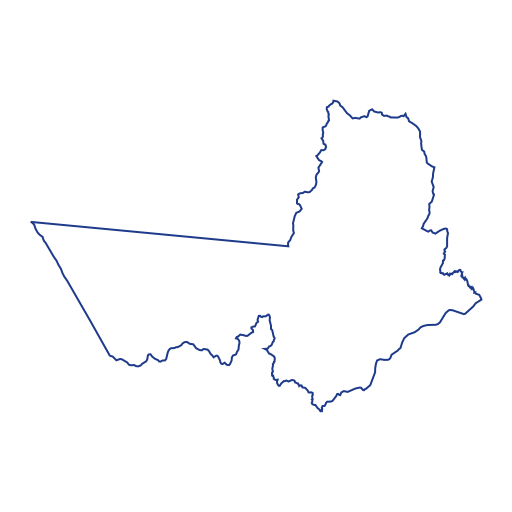 Ituango, Antioquia, Colombia (Robinson projection)
{"feature_id": "7082276B28262525732127", "entity_name": "Ituango", "entity_type": "district", "adm_level": 2, "iso_a3": "COL", "parent_name": "Colombia", "parent_adm1": "Antioquia", "projection": "robinson", "projection_center": [-75.707, 7.329], "detail": "fine", "context": "isolated", "style": "outline", "palette": "blue", "viewbox_px": 512, "rotation_deg": 0, "n_neighbors": 0, "source": "geoboundaries", "source_scale": "gbopen_adm2", "svg_char_len": 6109}
<svg xmlns="http://www.w3.org/2000/svg" viewBox="0 0 512 512"><path d="M405.5,113.8L403.6,116.2L402.5,115.8L401.1,115.9L399.1,117.1L397.0,117.6L390.4,117.4L389.7,116.6L387.9,116.3L386.9,115.6L384.0,115.9L382.0,114.5L381.9,113.0L380.7,112.2L378.0,112.5L374.2,111.5L372.1,109.3L369.2,110.8L367.6,116.3L366.5,117.2L364.3,116.2L361.0,117.3L359.6,118.6L355.2,117.9L352.6,118.4L349.8,115.3L346.9,113.1L342.6,107.3L340.2,105.5L339.5,103.3L337.5,101.5L333.4,100.7L333.2,102.4L331.8,103.9L331.2,104.0L329.1,105.7L328.5,106.7L326.9,107.1L326.7,109.1L327.6,111.4L328.3,112.1L328.2,113.1L328.9,114.3L328.4,115.9L329.0,120.6L328.4,120.9L327.5,122.9L326.9,123.3L326.2,125.4L325.5,126.3L322.7,127.4L322.6,129.7L323.3,133.1L322.7,134.5L323.0,136.2L322.6,137.3L321.5,138.3L323.2,140.8L323.5,143.7L324.4,144.4L325.3,144.5L326.1,146.9L325.7,147.4L325.5,148.8L324.7,149.6L323.6,150.2L321.3,150.1L319.9,152.5L317.3,155.5L316.3,156.1L319.1,160.2L321.3,161.2L322.1,162.0L318.4,167.7L319.1,171.2L318.5,172.4L316.9,174.1L316.2,175.7L315.8,177.4L316.4,182.1L316.0,184.7L314.5,187.6L312.9,188.3L312.1,189.8L309.6,192.1L307.9,192.3L304.7,191.7L303.1,192.9L299.8,193.4L298.1,194.4L298.8,197.2L297.0,199.7L297.0,203.2L297.5,203.9L299.1,204.2L299.9,205.0L301.7,208.8L299.5,211.5L296.3,212.8L294.7,216.3L293.0,223.2L293.3,225.1L293.2,230.5L293.9,233.1L291.5,236.7L290.2,240.1L288.2,242.4L288.0,244.0L288.3,246.3L30.7,221.9L32.3,222.7L34.2,224.7L35.5,228.7L37.6,232.5L39.5,234.6L42.7,237.0L43.3,239.4L44.3,241.4L45.3,242.3L53.6,256.5L56.6,260.8L58.4,264.7L60.9,268.8L62.6,273.4L64.4,276.8L67.1,280.6L90.4,321.1L109.6,355.3L110.1,355.8L112.8,356.6L116.4,360.3L120.0,359.0L121.9,359.3L127.1,362.4L129.1,364.8L131.1,365.3L134.1,365.0L135.9,366.1L138.2,366.4L140.8,365.4L141.9,364.0L146.3,361.2L147.3,359.2L147.9,355.4L148.6,354.5L150.5,354.3L152.2,356.6L155.0,358.8L158.1,360.2L159.0,361.4L160.4,361.6L162.6,360.5L165.0,360.4L166.2,358.9L167.7,352.7L168.5,350.7L169.6,349.1L170.9,348.3L174.4,348.0L176.1,347.2L177.8,347.1L181.3,345.2L182.4,343.6L184.4,342.2L186.9,341.9L189.7,343.8L193.3,344.3L196.1,348.2L199.7,350.1L201.9,350.3L203.2,349.2L204.0,349.0L207.6,349.6L209.0,351.1L210.5,353.8L212.4,355.6L213.6,357.3L216.1,355.7L217.1,355.7L217.9,356.2L219.8,359.9L220.5,362.6L221.4,363.8L222.7,364.0L224.6,362.7L226.8,364.8L229.0,365.1L230.0,364.1L231.2,361.4L231.7,360.2L231.8,357.6L232.7,356.0L233.2,355.4L235.9,354.5L237.2,351.5L238.5,349.5L238.9,345.3L239.5,343.0L239.3,341.3L238.4,339.5L237.4,338.7L236.0,338.4L236.7,337.0L238.0,336.6L240.3,334.6L244.5,335.4L245.5,335.9L247.4,335.9L251.5,332.7L253.1,332.1L253.0,330.1L251.4,328.5L251.4,327.4L252.7,326.7L255.0,326.4L256.5,322.9L258.1,321.7L257.5,320.0L258.8,315.9L260.1,315.8L260.7,316.6L262.2,317.1L262.9,316.4L265.8,316.3L268.0,314.6L268.7,314.6L269.4,315.5L270.0,317.7L269.6,320.1L271.0,325.8L271.0,329.0L272.2,330.1L273.7,336.8L274.3,337.4L274.6,338.7L273.9,339.9L273.7,341.3L272.9,341.8L271.7,344.8L270.5,346.0L269.1,346.5L267.6,348.7L264.8,348.9L266.7,349.8L269.1,353.6L270.3,353.9L274.2,356.5L274.3,357.3L274.8,358.0L274.5,361.7L273.9,361.9L273.8,362.9L272.8,364.1L273.1,364.9L272.3,368.8L272.9,371.7L272.0,372.7L272.1,375.5L273.1,375.6L273.0,376.3L273.7,377.2L273.8,378.9L275.6,380.0L277.6,379.7L277.0,381.7L277.1,383.2L278.1,385.0L279.1,385.9L279.8,385.7L281.1,383.6L283.8,381.1L284.8,381.2L286.3,380.5L288.6,381.5L291.9,380.0L294.0,380.4L294.7,381.0L295.1,382.4L298.2,383.6L298.3,384.5L299.2,385.2L299.3,386.1L300.7,385.3L301.6,385.5L302.4,387.4L305.0,387.8L305.8,388.4L308.3,391.4L308.4,392.2L309.2,392.6L311.3,392.3L312.6,392.9L312.5,393.8L312.9,394.5L312.1,396.2L312.6,399.2L312.0,399.5L312.4,400.0L312.2,402.0L311.7,402.8L312.4,404.2L314.3,405.0L315.4,405.0L317.7,408.2L319.6,409.7L320.3,411.1L320.8,411.3L321.4,410.3L322.0,410.7L322.2,408.6L321.8,407.8L322.6,406.0L324.6,405.9L325.2,405.1L326.1,402.8L327.2,401.7L330.8,401.6L332.5,400.9L336.2,396.1L337.2,394.0L338.2,393.9L339.4,395.0L340.2,395.1L341.3,392.5L343.7,391.1L347.7,391.9L355.4,388.5L359.5,387.6L361.0,387.7L363.1,390.1L364.0,390.2L364.5,389.4L366.0,388.8L370.3,385.1L375.1,372.3L375.2,368.2L376.0,363.5L377.1,360.5L380.1,359.2L384.5,359.9L387.9,359.8L389.3,359.2L390.3,358.1L391.6,354.7L397.7,350.6L399.0,349.1L400.5,348.0L402.1,342.7L404.2,338.2L408.3,334.5L414.5,332.3L418.4,329.7L420.7,327.2L423.9,325.8L427.8,325.0L435.6,324.8L437.9,324.1L440.0,322.3L445.4,313.4L447.5,311.3L449.4,310.0L452.4,310.2L463.8,314.1L465.1,313.8L473.3,306.4L475.7,303.2L481.3,299.7L481.0,299.3L481.2,298.5L479.2,294.8L475.8,293.7L475.3,293.0L475.4,292.4L474.3,292.6L474.5,291.9L473.5,289.8L473.6,289.3L473.0,289.1L472.9,287.6L472.6,287.5L471.7,288.5L471.6,287.2L470.5,287.9L470.0,287.4L470.1,286.6L468.7,286.2L468.7,285.4L468.1,285.2L467.3,281.1L466.4,279.2L466.1,279.0L465.3,279.6L465.3,278.6L464.7,278.8L464.7,278.1L464.0,278.9L463.5,278.3L463.4,277.5L462.3,277.3L462.0,276.2L461.4,275.9L462.2,275.1L461.7,274.6L462.3,272.4L461.8,272.5L460.8,271.2L460.3,269.9L459.7,269.8L458.4,270.7L458.2,271.6L457.4,272.0L456.9,271.5L455.7,271.9L455.8,271.3L454.7,271.1L453.3,272.7L452.0,273.5L452.1,274.1L451.1,274.0L450.3,274.5L450.0,274.0L449.4,275.2L449.1,274.7L448.4,275.1L448.1,274.3L447.3,274.2L447.1,273.4L444.2,274.8L443.0,273.3L442.5,273.6L442.1,273.1L440.7,273.0L440.2,272.3L440.4,271.2L440.0,269.8L440.5,267.5L442.9,263.2L443.0,260.6L443.9,260.3L444.7,258.2L444.9,254.6L443.8,253.7L445.1,251.5L444.5,250.9L444.5,249.4L446.2,248.1L447.1,246.4L447.1,238.0L448.0,233.2L447.2,231.0L447.1,229.2L445.9,228.5L443.7,228.9L439.6,230.8L435.4,233.6L432.6,232.5L431.1,230.3L429.9,230.5L428.4,231.6L427.8,231.5L421.8,228.3L423.0,226.3L423.6,223.9L427.5,218.2L428.0,216.4L429.4,213.9L429.6,212.5L429.1,209.8L429.5,207.0L429.2,204.0L431.8,201.6L434.0,194.7L433.9,194.2L433.1,193.6L432.6,191.0L433.7,187.1L431.7,181.6L432.9,177.2L433.1,173.4L434.4,167.3L432.2,166.5L427.9,163.7L426.8,162.5L426.3,157.3L425.9,156.0L424.6,153.9L424.2,151.6L421.9,149.8L421.1,143.6L421.4,141.1L420.0,137.0L420.1,131.9L419.8,131.1L418.3,128.4L416.3,126.1L412.5,123.3L409.1,121.3L408.1,118.2L406.5,117.1L405.5,113.8Z" fill="none" stroke="#1e3a8a" stroke-width="2"/></svg>